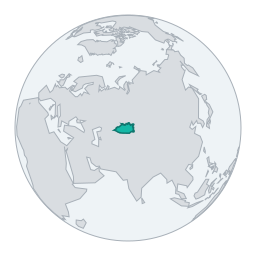 globe centered on Qaraghandy
{"feature_id": "KAZ-3203", "entity_name": "Qaraghandy", "entity_type": "Region", "adm_level": 1, "iso_a3": "KAZ", "parent_name": "Kazakhstan", "parent_adm1": "", "projection": "orthographic", "projection_center": [73.067, 48.605], "detail": "fine", "context": "on_globe", "style": "filled", "palette": "teal", "viewbox_px": 256, "rotation_deg": 0, "n_neighbors": 0, "source": "natural_earth", "source_scale": "10m", "svg_char_len": 12983}
<svg xmlns="http://www.w3.org/2000/svg" viewBox="0 0 256 256"><circle cx="128" cy="128" r="113" fill="#eef3f6" stroke="#a8b0b8"/><path d="M153.6,18.3L153.8,18.4L150.9,18.8L148.7,18.1L148.3,18.5L151.0,19.6L152.9,20.3L155.1,25.0L163.4,31.5L168.7,33.3L165.4,33.3L177.3,36.8L183.5,41.3L174.8,36.5L172.6,36.2L176.0,39.2L174.5,39.6L175.2,41.4L173.1,41.7L168.2,39.1L166.7,39.4L169.2,41.5L168.7,43.3L165.2,40.1L163.9,43.1L155.4,39.9L148.0,32.1L141.6,31.5L129.5,26.8L128.9,27.9L123.9,27.1L121.4,28.2L119.8,27.3L119.2,29.0L121.0,29.7L121.4,30.7L120.0,31.5L117.9,30.3L118.2,29.8L116.9,29.8L116.3,29.0L115.9,29.8L113.4,28.5L113.9,31.0L110.2,30.9L109.1,29.7L111.8,28.3L116.0,22.8L115.7,21.6L112.5,21.0L101.1,23.0L99.7,22.4L95.9,22.8L95.5,23.6L98.3,23.7L96.6,25.7L100.2,25.8L100.1,26.7L102.8,27.7L99.5,29.2L94.9,30.3L92.5,29.7L90.4,30.2L90.4,32.4L83.7,33.0L75.5,36.6L74.1,36.7L75.4,33.8L81.2,29.7L82.9,26.8L78.9,30.5L75.4,31.1L73.6,32.1L72.2,33.2L72.4,33.8L70.6,34.5L73.8,30.9L75.5,30.2L74.5,31.2L77.1,29.4L79.3,27.4L77.4,28.1L82.7,25.0L81.4,25.5L81.8,25.3L83.6,24.6L81.8,25.3L89.4,22.2L97.1,19.7L105.0,17.7L113.1,16.4L121.2,15.6L129.4,15.4L137.5,15.8L145.6,16.7L153.6,18.3ZM154.0,20.6L151.2,19.6L149.3,18.6L151.8,19.2L154.0,20.6ZM157.4,23.2L155.7,22.7L156.4,21.9L157.2,22.4L157.4,23.2ZM172.8,34.6L170.8,33.2L173.3,34.5L172.8,34.6ZM175.7,41.6L176.8,41.9L176.7,42.7L175.7,41.6ZM104.4,26.8L103.6,27.2L103.5,26.8L104.4,26.8ZM106.3,26.8L106.7,26.1L107.7,26.0L107.4,26.5L106.3,26.8ZM173.4,44.0L173.0,45.3L172.6,43.5L173.4,44.0ZM105.5,27.8L109.4,26.0L111.1,25.9L111.4,27.7L105.5,27.8ZM172.2,45.8L171.3,49.2L173.6,50.1L166.7,49.6L169.7,46.7L168.8,44.3L170.6,45.7L172.2,45.8ZM122.2,29.6L120.1,28.9L123.1,28.8L122.2,29.6ZM124.0,29.3L132.6,28.0L135.0,29.5L131.6,29.6L135.7,31.2L132.6,32.6L129.7,32.1L128.8,30.7L128.3,32.3L124.0,29.3ZM163.0,49.0L162.1,49.5L162.1,48.5L163.0,49.0ZM121.7,31.1L123.2,30.7L125.4,32.0L122.8,33.2L122.9,32.4L121.7,31.1ZM138.3,31.1L139.4,32.4L137.3,33.8L137.4,34.5L132.8,32.8L138.3,31.1ZM121.8,32.5L121.4,33.8L119.1,33.9L120.4,31.7L121.8,32.5ZM127.1,31.8L128.0,32.5L126.6,32.5L127.1,31.8ZM111.0,35.4L112.8,34.6L114.1,35.2L111.0,35.4ZM121.4,34.3L122.2,34.3L122.9,34.4L122.2,35.4L121.4,34.3ZM131.6,34.0L130.4,34.4L133.4,34.8L131.9,36.0L129.1,34.7L129.6,35.8L129.2,36.2L127.4,34.7L131.6,34.0ZM123.6,36.9L119.5,35.9L115.9,37.0L114.7,36.5L120.6,34.7L123.6,36.9ZM126.0,35.7L124.2,36.3L123.6,35.3L124.4,34.2L126.0,35.7ZM131.9,37.4L134.9,35.8L135.4,36.2L131.9,37.4ZM122.7,37.4L123.7,37.7L122.5,37.6L122.7,37.4ZM129.2,37.6L130.2,37.0L130.8,37.4L129.2,37.6ZM124.9,38.8L123.5,38.4L124.0,37.7L124.9,38.8ZM126.9,38.4L127.5,39.1L125.0,37.6L127.3,38.0L126.9,38.4ZM129.6,38.1L130.2,38.1L129.1,38.3L129.6,38.1ZM123.7,41.9L120.5,40.2L121.6,38.5L124.6,40.4L123.7,41.9ZM40.4,198.8L33.2,188.1L33.1,185.6L31.7,181.1L26.5,166.1L27.5,162.0L26.6,158.0L24.5,155.2L23.7,150.3L22.5,148.1L17.1,135.5L16.6,126.7L19.1,108.1L20.9,106.0L23.5,100.2L38.3,97.6L39.0,102.7L47.8,112.7L48.5,115.0L44.8,118.8L49.3,133.4L53.9,131.8L60.7,141.8L66.8,145.7L73.7,137.7L63.6,131.1L64.5,125.2L74.7,126.5L83.9,132.5L84.6,130.5L80.9,123.0L85.3,120.9L80.0,120.1L80.5,123.0L77.1,122.7L76.5,120.1L78.0,119.4L75.9,116.8L68.9,121.3L68.7,124.7L61.7,120.9L60.7,126.4L58.0,127.0L58.7,118.1L60.4,115.9L60.0,104.2L57.6,106.1L57.9,117.4L56.8,115.5L53.6,118.5L55.2,114.7L55.5,102.2L50.7,98.3L40.6,100.8L38.7,98.0L38.8,92.8L46.4,85.3L50.0,92.5L52.7,90.3L55.4,84.0L56.2,86.8L57.7,85.3L59.4,87.8L65.1,87.2L67.3,89.4L72.8,85.2L74.7,85.9L70.9,88.1L69.5,91.0L75.4,96.7L77.5,96.7L80.5,93.6L81.8,95.7L84.0,92.0L88.9,93.9L84.7,88.6L88.2,85.2L93.0,84.4L93.3,82.4L85.6,83.9L83.2,85.3L82.4,88.0L75.2,91.7L72.5,90.6L77.1,83.5L73.8,81.4L78.9,77.1L96.6,75.3L102.4,76.8L105.1,86.7L101.9,88.2L99.4,85.3L98.8,91.2L100.2,89.2L101.3,91.1L104.9,88.6L105.8,89.9L107.7,85.5L109.2,86.8L107.9,89.5L114.5,87.3L118.5,89.3L119.6,88.2L119.6,86.5L124.7,90.3L125.2,89.4L123.8,87.7L123.9,84.9L126.2,81.4L127.8,82.9L127.2,84.3L128.4,89.8L126.6,93.7L127.5,94.0L129.5,91.0L128.0,84.3L128.9,81.8L130.1,84.8L129.7,83.5L130.7,82.7L133.2,83.4L132.1,80.1L140.5,70.6L146.1,71.4L146.2,74.9L153.8,70.6L159.5,72.3L158.2,70.7L160.9,67.9L159.1,67.3L158.7,66.4L164.8,59.6L167.5,59.4L168.7,55.1L168.0,54.4L166.0,54.3L166.7,49.6L173.6,50.1L174.8,51.7L178.3,51.1L180.6,55.1L184.1,58.2L184.5,63.2L187.3,65.5L188.3,65.0L192.8,67.9L198.4,75.9L189.2,71.5L179.9,60.9L183.3,65.3L181.2,65.0L181.5,67.0L184.1,70.2L185.2,70.1L182.1,79.6L185.5,90.1L188.6,87.0L192.1,88.2L198.6,98.7L198.5,118.1L203.1,120.9L204.4,123.8L202.6,127.5L200.7,123.2L197.5,123.3L196.7,120.5L193.1,125.2L191.8,121.4L189.7,127.2L192.2,129.4L195.8,126.5L194.5,133.4L200.2,136.2L202.5,142.0L198.6,156.3L192.2,163.1L192.1,165.1L188.7,164.4L185.5,169.7L192.8,177.0L193.0,179.8L187.2,187.6L186.8,185.8L177.8,183.9L177.0,190.9L183.9,193.7L186.3,198.6L181.4,198.7L178.8,194.4L175.6,193.6L175.9,187.9L172.0,180.1L167.0,183.2L166.8,179.5L160.7,173.1L153.2,177.0L141.7,188.2L141.1,197.1L136.7,201.1L128.9,188.7L127.2,179.6L123.2,180.3L116.1,171.8L100.6,168.9L99.4,166.1L96.3,166.6L91.4,162.7L90.0,157.9L86.6,157.1L90.7,169.6L94.4,170.5L99.0,167.4L99.3,171.4L104.1,175.8L95.1,182.8L73.7,183.4L73.4,176.3L66.2,151.4L67.4,149.4L67.4,149.2L67.5,148.6L65.0,151.5L64.4,146.5L66.3,163.3L65.9,169.4L73.4,183.7L72.3,184.2L75.2,187.6L86.8,189.1L86.5,191.2L79.9,198.7L65.4,204.0L68.4,211.9L69.1,216.8L62.3,215.6L65.3,219.5L62.1,218.2L63.5,219.8L62.2,219.4L61.2,218.7L53.7,212.6L46.7,206.0L40.4,198.8ZM30.4,102.7L29.3,104.2L30.4,102.7ZM91.9,143.8L98.6,146.6L98.7,139.2L101.2,139.8L100.3,137.2L98.6,138.7L96.8,131.8L100.8,131.0L101.6,128.0L99.4,126.9L92.4,129.6L94.9,139.4L92.0,141.4L91.9,143.8ZM75.2,31.3L74.9,31.6L73.2,32.8L73.6,32.2L75.2,31.3ZM68.3,38.6L65.6,39.6L67.8,38.4L67.7,37.7L72.3,34.5L73.6,36.6L72.2,36.2L68.3,38.6ZM78.8,31.1L75.7,32.7L79.0,30.8L78.8,31.1ZM64.5,74.7L63.9,76.9L61.7,78.0L58.9,75.8L62.1,74.1L64.5,74.7ZM63.7,79.8L69.1,73.7L71.1,75.0L69.1,75.2L69.8,76.7L66.8,77.6L63.4,85.1L61.2,86.5L57.2,81.3L59.7,82.1L60.1,79.8L63.7,79.8ZM79.5,57.7L81.9,55.7L83.0,61.1L80.7,62.5L77.8,60.2L78.8,57.3L79.5,57.7ZM105.3,31.6L106.1,30.9L106.7,31.2L106.5,32.0L105.3,31.6ZM111.8,35.0L102.3,35.4L102.8,34.5L96.7,36.1L95.5,34.4L99.5,33.4L94.1,33.4L97.2,31.8L93.4,32.2L102.4,30.1L105.0,28.8L102.5,30.8L103.5,32.3L104.7,32.6L110.1,32.6L116.2,30.9L118.1,32.4L117.9,33.9L116.7,34.5L115.8,33.3L114.9,35.0L112.7,33.8L111.8,35.0ZM113.8,53.4L113.2,51.2L111.0,55.4L108.8,53.8L108.7,54.4L106.1,54.2L102.6,54.9L102.0,53.9L101.0,54.7L99.2,54.6L97.5,55.3L95.9,53.9L93.7,54.7L94.1,53.5L90.8,55.4L92.5,53.4L90.4,53.2L89.9,55.2L84.9,46.6L81.5,44.9L77.7,44.7L81.1,41.5L86.9,39.9L93.1,39.6L95.9,41.9L97.0,40.2L98.6,40.8L97.1,41.9L100.4,40.6L101.4,41.4L107.0,41.8L111.1,39.8L113.3,40.0L112.1,41.2L115.1,40.6L114.3,43.1L115.9,43.3L116.6,46.2L113.5,48.6L115.5,48.7L116.2,51.1L113.8,53.4ZM123.8,42.8L120.6,45.8L117.8,46.5L117.6,41.3L116.3,40.7L116.0,37.6L120.1,36.7L119.8,37.7L120.4,38.4L118.9,38.4L120.6,38.9L120.3,40.3L121.5,41.1L120.1,41.9L123.8,42.8ZM50.9,114.8L51.7,116.1L53.3,117.5L51.4,119.5L50.9,114.8ZM51.0,106.2L51.9,106.9L49.9,110.3L49.1,109.0L51.0,106.2ZM54.2,104.6L52.1,106.7L52.7,104.8L54.2,104.6ZM72.0,88.6L73.2,89.2L72.7,90.1L71.2,90.8L72.0,88.6ZM106.7,66.3L106.8,64.7L107.6,64.6L110.0,61.7L111.9,62.8L111.1,65.0L106.7,66.3ZM71.0,138.3L68.3,139.0L67.8,137.5L68.8,137.5L71.0,138.3ZM58.6,129.2L60.6,132.6L58.0,129.7L58.6,129.2ZM109.1,67.0L109.9,65.6L110.3,67.0L109.1,67.0ZM113.3,63.4L114.1,64.8L112.4,62.6L113.3,63.4ZM86.2,222.8L83.3,228.3L78.5,226.4L76.1,223.9L76.2,220.0L81.3,220.7L83.4,219.1L86.2,222.8ZM207.8,198.4L210.1,196.9L209.9,197.3L207.8,198.4ZM205.4,199.1L208.2,197.2L204.8,200.1L205.4,199.1ZM209.2,196.5L212.0,193.9L213.2,192.4L212.9,193.2L209.2,196.5ZM203.5,200.3L192.4,206.5L187.8,207.8L189.0,206.2L196.4,202.8L203.5,200.3ZM188.6,206.3L181.4,205.9L170.4,198.8L174.4,197.8L185.6,200.5L184.9,201.8L189.3,202.7L188.6,206.3ZM205.5,191.2L204.7,194.8L198.8,198.1L195.9,199.1L194.0,195.9L195.1,193.2L197.5,192.1L205.8,179.3L208.8,179.3L206.5,184.2L208.9,185.6L205.5,191.2ZM141.7,197.9L144.7,202.6L142.2,203.6L141.7,197.9ZM208.5,171.4L205.6,177.2L208.0,170.4L208.5,171.4ZM209.6,165.6L210.1,167.3L208.4,166.4L209.6,165.6ZM192.6,167.8L190.2,169.5L189.8,168.1L192.7,165.2L192.6,167.8ZM204.2,146.9L205.3,151.2L205.2,152.9L203.6,151.0L204.2,146.9ZM125.7,75.7L120.3,78.4L117.7,81.4L118.0,84.6L115.2,81.4L119.3,76.8L125.7,75.7ZM138.5,71.0L138.1,68.5L139.8,68.9L140.1,69.6L138.5,71.0ZM137.2,69.9L133.9,68.0L134.7,66.2L137.1,68.0L137.2,69.9ZM121.3,67.2L119.6,67.9L119.3,66.7L121.3,67.2ZM191.7,220.9L192.7,220.2L193.4,218.7L194.5,218.0L195.8,215.7L206.6,206.5L214.8,196.0L218.8,192.2L223.0,184.7L226.6,180.3L224.5,185.0L226.9,181.9L231.6,170.9L231.0,173.5L227.1,181.5L222.6,189.2L217.4,196.5L211.7,203.3L205.5,209.7L198.8,215.6L191.7,220.9ZM213.4,194.3L216.8,189.4L218.5,187.7L213.4,194.3ZM235.5,160.0L236.2,159.5L235.0,162.8L234.0,164.2L232.2,169.2L228.6,174.8L229.7,172.1L229.5,170.7L225.2,175.6L224.4,175.2L226.1,172.3L222.9,174.7L226.4,170.1L227.6,171.5L229.5,166.7L232.3,163.1L234.6,159.7L236.0,158.2L235.5,160.0ZM226.0,176.6L226.6,175.9L225.9,177.4L226.0,176.6ZM238.9,147.7L238.8,148.0L238.9,147.2L239.1,146.8L238.9,147.7ZM236.4,156.9L238.1,150.3L238.4,149.3L237.2,154.8L236.4,156.9ZM237.9,149.7L238.5,148.1L238.6,148.4L238.5,149.2L237.9,149.7ZM218.9,181.7L218.7,182.7L217.7,183.0L218.9,181.7ZM220.2,180.0L223.1,178.0L219.9,181.0L220.2,180.0ZM210.5,185.2L211.5,186.5L214.6,182.8L212.2,186.5L214.1,188.1L213.3,189.9L211.5,188.0L210.5,192.1L209.1,193.1L208.5,190.6L210.1,185.7L211.4,183.0L216.9,178.0L210.5,185.2ZM220.3,177.6L219.5,175.9L220.1,173.8L220.9,174.2L220.3,177.6ZM216.7,172.2L214.2,171.0L212.2,173.8L215.9,166.2L217.8,168.6L216.7,172.2ZM214.0,167.1L212.2,169.7L213.9,165.6L214.0,167.1ZM211.5,169.1L211.0,167.1L212.6,166.2L211.5,169.1ZM215.1,166.4L214.8,162.4L216.0,164.0L215.1,166.4ZM209.4,162.7L213.5,163.7L208.7,165.5L206.9,158.3L208.8,156.8L209.4,162.7ZM210.0,123.4L208.7,121.4L210.0,119.5L210.5,121.3L210.0,123.4ZM212.9,111.9L209.9,118.4L207.2,123.7L208.8,123.8L209.5,128.4L206.4,126.3L207.1,119.7L209.4,116.4L208.3,112.7L209.1,108.5L206.7,104.8L206.5,102.2L209.4,104.6L212.9,111.9ZM205.5,103.4L201.6,96.1L204.7,94.3L206.2,95.5L206.7,99.5L205.1,100.2L205.5,103.4ZM201.5,93.9L199.9,94.6L190.7,86.7L189.5,84.6L198.1,89.3L197.1,90.3L198.8,92.6L201.5,93.9ZM163.1,50.1L162.2,49.6L163.4,49.6L163.1,50.1ZM157.6,66.2L157.2,64.9L158.7,64.8L157.6,66.2ZM156.9,61.4L155.6,62.3L156.3,60.7L156.9,61.4ZM152.7,64.6L154.7,62.4L153.7,65.4L152.7,64.6Z" fill="#d9dde1" stroke="#a8b0b8" stroke-width="1"/><path d="M118.3,127.1L118.5,127.0L118.7,126.9L118.9,126.8L119.1,126.8L119.6,126.4L119.8,126.2L120.0,126.2L121.0,125.3L121.3,125.0L121.3,124.9L121.3,124.7L121.8,124.5L121.9,124.4L122.0,124.3L121.9,124.2L121.8,123.9L121.7,123.8L122.2,123.9L122.4,123.7L122.5,123.7L122.9,123.7L122.9,124.0L122.8,124.3L122.7,124.6L123.1,124.9L123.3,124.8L123.3,124.7L123.5,124.6L123.8,124.7L123.8,124.8L124.1,124.8L124.4,124.7L124.5,124.8L124.4,125.1L124.5,125.2L124.9,125.1L125.0,124.7L125.3,124.8L125.3,124.6L125.3,124.4L125.5,124.4L125.6,124.2L125.8,124.1L126.1,123.9L126.2,123.7L126.3,123.8L126.5,123.8L126.6,124.0L126.5,124.3L126.5,124.5L126.5,124.4L127.0,124.4L127.0,124.2L127.3,124.2L127.3,123.9L127.5,123.8L127.7,123.7L127.8,123.6L128.0,123.6L128.2,123.4L128.3,123.4L128.5,123.3L128.6,123.2L128.4,123.1L128.3,122.9L128.2,122.9L128.3,122.8L128.6,122.8L128.8,122.8L129.2,122.9L129.2,123.0L129.3,123.1L129.2,123.3L129.2,123.7L129.2,123.9L129.1,124.0L129.3,124.1L129.6,124.1L129.8,124.0L130.0,124.1L130.0,124.3L130.3,124.4L130.4,124.5L130.5,124.5L130.4,124.6L130.5,124.7L130.6,124.8L130.4,124.9L130.4,125.0L130.5,125.2L130.8,125.0L130.9,124.9L131.3,124.9L131.9,124.7L132.1,124.8L132.1,124.6L132.3,124.6L132.6,124.6L132.6,124.4L132.6,124.2L132.9,123.9L133.0,123.9L133.2,124.0L133.4,124.1L133.7,124.2L133.8,124.3L133.8,124.5L133.8,124.8L133.5,125.1L133.4,125.2L133.2,125.3L133.2,125.5L133.2,125.8L133.0,126.0L132.7,126.1L132.6,126.4L132.6,126.6L132.8,126.6L132.9,126.8L133.1,127.0L132.9,127.1L132.9,127.4L133.1,127.5L133.3,127.4L133.6,127.4L133.6,127.6L133.6,127.8L133.4,128.0L133.1,128.1L133.1,128.3L133.2,128.5L133.3,128.5L133.5,128.5L133.3,128.6L133.4,128.8L133.5,128.8L133.5,129.0L133.4,129.3L133.3,129.8L133.4,130.2L133.2,130.2L133.2,130.3L133.1,130.5L133.3,130.8L133.6,130.8L133.7,130.7L134.0,130.6L134.1,131.3L134.1,131.6L133.9,131.7L133.7,131.7L133.7,131.8L133.4,131.8L133.4,131.7L133.2,131.7L133.1,131.8L132.9,131.8L132.9,131.7L132.7,131.7L132.7,131.8L132.5,131.7L132.5,131.8L132.5,131.7L132.4,131.7L132.2,131.7L131.8,131.7L131.5,131.7L131.2,131.7L130.3,132.3L129.5,133.2L122.7,133.1L120.1,132.9L120.1,132.7L119.9,132.7L119.7,132.7L117.8,132.0L117.6,131.9L117.3,131.6L117.1,131.5L115.6,130.7L115.3,130.6L115.0,130.4L114.8,130.4L114.5,130.1L114.1,130.1L114.4,129.9L116.2,128.9L116.4,128.8L116.3,128.6L116.1,128.2L116.5,127.9L116.5,127.7L116.8,127.6L116.9,127.4L117.1,127.3L117.3,127.0L117.7,126.9L118.3,127.1Z" fill="#14b8a6" stroke="#0f766e" stroke-width="1.5"/></svg>